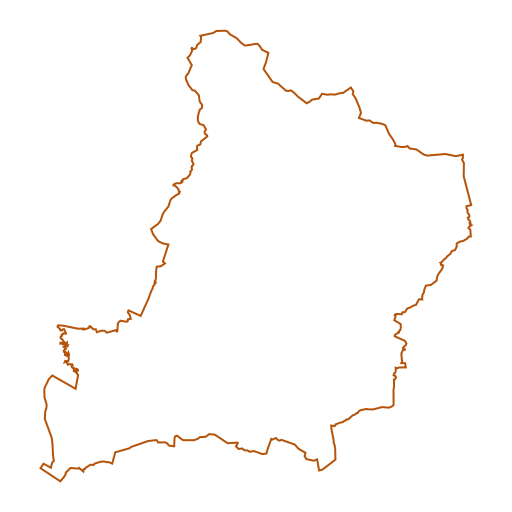 Bixad, Satu Mare, Romania (Mercator projection)
{"feature_id": "2599482B22891655210740", "entity_name": "Bixad", "entity_type": "district", "adm_level": 2, "iso_a3": "ROU", "parent_name": "Romania", "parent_adm1": "Satu Mare", "projection": "mercator", "projection_center": [23.389, 47.949], "detail": "fine", "context": "isolated", "style": "outline", "palette": "amber", "viewbox_px": 512, "rotation_deg": 0, "n_neighbors": 0, "source": "geoboundaries", "source_scale": "gbopen_adm2", "svg_char_len": 5951}
<svg xmlns="http://www.w3.org/2000/svg" viewBox="0 0 512 512"><path d="M462.9,154.7L455.8,156.2L445.3,154.0L427.4,155.6L424.0,154.7L416.3,149.4L409.7,148.5L407.5,146.0L406.1,146.7L402.3,147.1L395.0,145.9L395.5,144.3L392.9,139.4L389.1,134.0L385.4,125.3L382.2,123.9L377.5,122.9L373.2,122.9L369.4,120.4L366.4,120.7L358.9,118.0L361.0,112.9L359.3,107.1L355.4,97.9L352.7,94.2L353.4,91.3L350.8,87.5L342.9,93.0L340.3,93.1L334.5,94.7L331.3,94.3L327.4,94.7L322.0,93.8L318.9,98.5L312.2,99.6L309.7,101.7L306.7,103.3L298.2,96.8L294.1,92.8L290.8,90.3L288.5,91.0L285.9,90.7L278.0,83.6L272.6,82.0L263.5,69.0L265.9,62.5L268.4,52.9L262.1,49.8L259.6,45.9L257.3,43.7L245.0,45.6L241.3,43.0L236.7,38.2L229.9,34.3L227.4,31.4L225.0,30.7L216.4,31.0L213.1,33.0L200.3,35.8L201.1,37.0L200.7,42.0L197.1,45.0L196.4,47.7L195.3,48.7L193.8,49.1L191.9,47.8L191.5,48.2L192.2,50.6L189.8,55.6L187.5,57.8L191.8,65.1L188.2,73.6L187.3,74.2L185.8,76.8L185.7,77.8L186.2,80.0L188.6,85.2L192.4,90.2L195.0,90.7L198.9,95.4L199.6,100.9L200.3,102.6L201.9,104.5L202.2,106.0L201.9,108.1L199.9,109.5L198.6,113.3L197.7,117.8L197.9,120.3L198.5,122.2L199.7,124.0L203.7,125.2L206.0,129.5L204.6,131.6L204.7,132.9L205.4,134.2L207.1,135.3L207.3,136.4L200.9,141.5L200.3,144.5L197.4,145.6L197.0,146.9L197.2,150.0L192.2,152.7L191.3,154.2L191.0,156.8L192.4,158.4L191.8,160.5L192.5,161.3L192.4,162.1L193.4,163.9L193.4,164.8L192.0,165.8L192.1,166.8L191.5,167.5L192.1,169.6L190.3,171.5L190.6,172.6L189.6,175.1L186.8,178.2L183.1,179.2L182.3,181.8L181.5,181.1L180.9,183.0L180.4,183.3L177.2,183.2L175.2,183.6L173.5,184.7L173.5,185.5L174.6,185.5L177.0,187.4L178.7,189.9L179.0,191.4L179.8,191.9L178.9,192.9L179.2,193.6L176.4,195.0L171.3,198.8L170.5,200.1L168.3,206.7L164.4,211.4L162.6,214.6L160.6,220.6L158.0,224.0L151.1,229.0L153.0,234.1L158.0,241.0L162.7,243.4L168.4,244.5L162.9,261.5L165.0,263.4L160.8,266.3L156.8,266.6L156.1,270.7L155.9,278.3L155.5,280.2L154.8,281.0L154.6,282.5L155.7,282.6L152.8,286.9L152.6,288.6L151.2,291.1L148.7,298.1L140.7,315.9L128.5,310.4L127.9,311.7L128.0,312.6L129.7,314.9L130.8,318.8L127.8,319.4L127.8,321.0L126.8,321.8L120.5,320.7L118.9,322.0L117.9,323.4L117.3,331.3L116.9,331.4L116.7,330.4L116.2,330.6L116.0,330.1L106.7,332.7L104.8,330.8L101.2,330.7L96.9,332.2L95.8,329.2L93.4,329.4L90.2,326.2L89.4,326.3L89.4,327.6L85.5,329.2L83.2,329.4L83.5,328.6L78.1,328.7L63.2,325.7L58.2,325.3L57.6,326.2L57.5,326.8L59.9,328.8L59.9,329.7L61.1,330.6L62.0,330.4L62.6,329.4L64.1,329.2L66.1,333.7L66.2,334.2L65.8,333.7L63.5,333.3L63.1,334.2L61.6,334.7L61.9,335.8L60.5,337.0L61.0,338.6L62.2,339.2L64.1,342.0L63.3,342.6L60.4,342.8L60.4,343.6L61.7,343.2L62.5,344.3L63.8,344.3L67.0,342.4L67.0,343.2L66.1,343.8L66.1,344.6L66.4,345.2L68.0,345.2L67.4,346.5L65.8,346.7L65.3,345.8L63.7,346.9L65.9,348.9L63.8,350.6L63.9,351.8L65.5,352.0L66.2,352.9L65.0,353.5L64.9,355.0L67.6,356.1L67.9,355.2L66.8,354.3L68.0,353.5L68.4,352.5L69.1,354.7L68.6,356.4L68.8,358.7L68.2,361.3L65.3,360.8L64.8,362.0L65.4,361.7L67.0,363.0L68.0,364.7L69.5,364.0L70.8,364.5L72.0,364.2L72.7,365.5L71.7,366.2L71.9,367.3L72.9,368.2L73.9,367.9L74.3,368.7L73.9,369.1L74.2,370.0L73.7,370.7L74.0,371.3L75.3,371.5L76.2,370.0L75.9,369.2L76.3,368.7L77.8,369.5L78.0,370.2L76.3,372.8L78.1,375.0L75.6,388.8L52.3,375.5L48.8,379.2L44.7,387.7L44.3,389.6L44.5,397.3L46.6,404.5L46.4,408.1L45.2,411.8L44.8,418.9L51.7,437.7L52.5,444.3L53.0,455.0L53.8,460.7L52.2,462.6L50.9,467.7L43.5,463.7L40.5,468.2L60.3,481.3L64.3,476.6L65.7,474.0L65.7,472.7L70.5,468.0L78.4,468.6L79.0,467.9L83.3,471.5L83.6,469.3L84.7,469.2L85.8,467.7L90.5,464.7L93.6,465.0L94.4,463.7L100.7,461.7L104.2,461.5L107.3,462.3L108.5,462.0L112.2,463.6L115.3,452.3L129.4,448.3L131.0,447.0L147.8,441.1L156.1,440.1L156.7,440.2L158.1,442.5L165.0,442.3L167.6,443.6L168.3,445.0L169.1,445.6L174.2,446.3L174.5,438.4L175.1,436.4L177.1,435.7L182.4,439.8L183.6,440.2L194.0,440.2L198.0,438.7L199.9,437.1L205.6,436.8L209.3,434.1L214.9,434.7L227.6,443.2L237.1,442.6L237.8,443.0L236.0,446.4L238.7,449.0L242.3,448.5L244.3,450.3L247.5,450.4L249.7,451.8L253.0,451.1L254.6,451.3L262.4,454.1L266.4,453.6L267.6,449.2L271.3,438.9L272.8,439.5L275.9,438.0L278.2,440.2L279.8,440.6L281.3,439.8L294.9,444.6L298.4,448.7L305.5,452.8L304.6,456.2L306.4,459.1L313.8,460.7L317.1,459.4L319.1,470.5L322.4,469.6L335.4,459.7L335.2,449.2L334.6,445.0L333.7,443.0L333.6,440.0L331.5,429.3L331.2,425.6L334.6,426.1L335.3,425.5L335.4,424.5L340.2,422.6L342.7,422.2L343.9,421.1L345.7,420.5L346.0,419.6L348.2,419.4L352.8,415.2L354.8,414.7L356.7,413.1L357.7,413.0L358.6,411.5L360.4,410.2L366.7,408.9L367.9,409.3L373.2,409.4L382.0,407.1L389.0,407.7L391.8,406.5L393.6,405.0L393.5,390.2L394.1,386.2L393.9,379.5L394.8,379.4L396.0,377.3L395.3,376.0L393.6,375.3L394.1,373.5L394.9,373.2L395.7,371.3L395.7,367.7L397.3,368.3L398.9,367.5L405.8,367.4L405.1,363.2L401.3,363.1L402.1,361.6L402.2,360.5L401.8,360.0L401.4,353.3L402.9,350.2L404.9,349.7L404.8,349.3L403.2,348.6L402.9,347.9L406.0,344.9L406.4,343.4L404.8,340.8L394.9,336.4L394.7,335.3L395.5,334.4L398.1,332.9L398.3,332.2L399.0,332.3L399.1,331.2L400.2,330.2L400.8,327.9L400.7,324.1L394.3,320.2L395.7,315.9L395.6,315.2L394.8,315.1L395.1,314.4L396.8,313.9L401.8,314.3L402.4,312.3L404.8,312.2L407.3,308.5L410.6,307.3L413.3,305.6L415.9,305.0L419.0,299.3L422.3,299.4L422.0,297.9L422.4,296.3L422.4,294.9L423.8,292.7L424.3,289.8L425.9,285.6L430.8,285.0L436.6,280.6L437.3,276.3L438.7,273.6L442.3,268.7L443.1,265.9L442.7,265.1L441.4,265.2L440.9,264.6L441.0,263.4L440.4,262.7L441.6,262.2L444.3,259.2L445.9,258.2L446.9,256.6L450.3,253.9L451.9,251.0L455.0,250.1L456.8,246.4L456.6,244.1L457.0,243.3L460.0,241.6L463.0,241.0L466.6,239.0L468.9,236.5L470.8,236.5L470.3,229.6L468.4,228.0L468.8,227.1L471.5,225.2L469.9,224.4L469.6,223.1L470.5,222.9L469.9,220.6L469.0,220.2L467.9,218.3L467.8,217.7L469.3,217.0L469.4,215.6L468.7,214.0L467.7,213.2L467.4,210.9L467.7,210.0L466.5,208.3L466.5,206.2L471.2,205.1L463.7,176.3L463.9,163.0L462.0,159.6L462.9,158.0L462.9,154.7Z" fill="none" stroke="#b45309" stroke-width="2"/></svg>